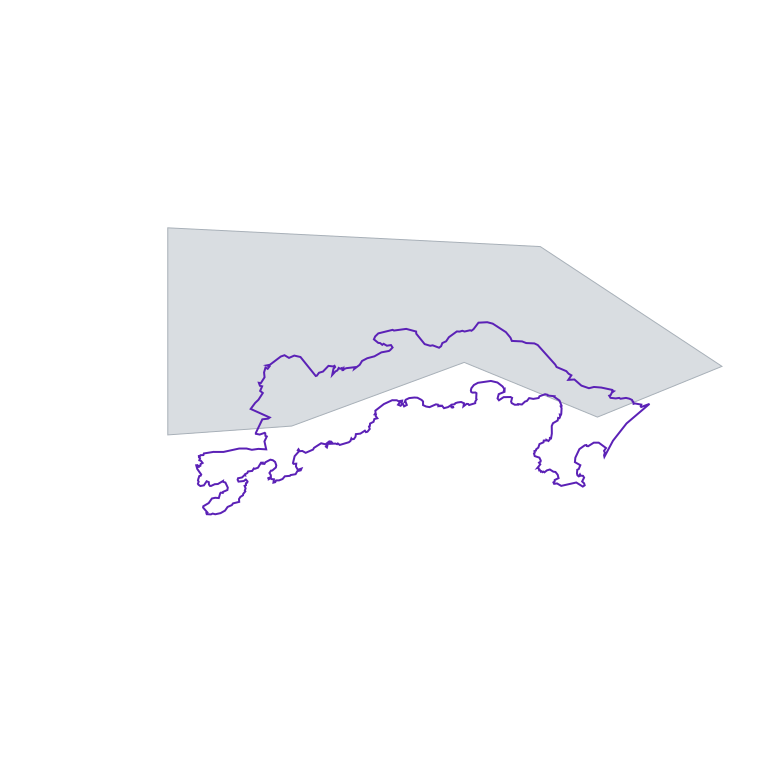 location of West Mahe, Anse Boileau, Seychelles, rotated 305°
{"feature_id": "34574756B14018612202061", "entity_name": "West Mahe", "entity_type": "district", "adm_level": 2, "iso_a3": "SYC", "parent_name": "Seychelles", "parent_adm1": "Anse Boileau", "projection": "albers", "projection_center": [55.437, -4.697], "detail": "fine", "context": "in_parent", "style": "outline", "palette": "violet", "viewbox_px": 768, "rotation_deg": 305, "n_neighbors": 0, "source": "geoboundaries", "source_scale": "gbopen_adm2", "svg_char_len": 6324}
<svg xmlns="http://www.w3.org/2000/svg" viewBox="0 0 768 768"><g transform="rotate(305 384 384)"><path d="M586.2,433.2L592.3,650.7L479.3,577.8L447.7,437.3L296.6,332.5L218.3,236.1L387.9,117.3L586.2,433.2Z" fill="#d9dde1" stroke="#a8b0b8" stroke-width="1"/><path d="M331.9,277.2L332.7,280.1L329.7,280.0L329.5,277.5L324.7,279.1L321.0,282.3L314.1,282.6L313.2,280.8L311.4,283.4L312.2,285.5L307.3,286.5L307.1,289.9L299.0,290.2L294.6,289.3L287.1,289.1L291.0,309.6L289.1,308.9L285.3,304.6L270.3,307.1L269.7,307.6L271.3,311.2L275.6,314.3L275.5,315.0L273.5,316.6L273.8,318.1L268.4,319.0L262.9,325.0L258.8,318.3L254.3,313.5L252.3,308.4L248.1,302.4L236.3,291.5L230.6,283.3L223.8,276.3L222.2,276.8L220.4,274.5L219.4,274.6L218.8,273.7L217.8,274.5L217.7,275.9L215.6,276.5L216.1,278.0L215.3,280.7L213.3,279.7L211.6,280.5L210.6,279.3L209.8,279.8L209.4,279.1L210.5,277.7L209.7,276.8L207.3,279.8L205.0,286.2L203.7,286.4L202.7,285.5L199.6,286.4L198.2,287.0L197.7,288.2L195.5,288.8L195.1,289.8L195.1,292.1L197.7,294.6L202.6,294.5L203.1,296.8L201.3,298.2L200.7,299.9L201.3,300.8L204.8,302.8L206.8,305.3L212.1,307.7L211.5,308.0L212.3,310.6L209.5,315.5L207.3,316.5L203.3,314.0L202.3,314.4L201.5,312.7L200.6,312.5L195.8,314.1L194.0,311.0L191.5,308.7L185.9,308.7L180.2,306.1L179.0,306.7L177.5,312.9L176.5,312.4L175.7,313.5L177.9,317.0L179.6,318.0L180.5,320.5L184.5,324.2L189.1,326.4L193.6,326.4L197.5,328.8L199.6,328.8L204.4,333.0L206.6,331.2L209.1,331.1L212.0,332.3L213.3,331.7L216.5,332.0L216.9,331.1L219.1,330.5L220.6,328.2L221.9,329.0L223.5,327.8L224.8,328.5L225.9,328.1L226.5,325.6L224.1,324.8L220.6,320.8L221.6,319.0L223.1,318.5L226.0,321.3L229.5,322.0L229.6,322.6L230.3,321.9L232.7,323.1L234.4,322.8L237.2,325.9L240.2,325.8L240.4,326.8L243.2,328.8L249.0,328.4L250.0,329.8L249.0,330.2L250.0,331.9L251.8,331.7L256.8,334.3L257.8,336.6L257.7,339.5L255.6,342.4L253.6,343.3L249.0,342.1L248.2,341.1L245.4,341.2L244.4,343.6L242.8,344.8L239.9,342.7L240.8,344.2L240.3,344.4L241.8,345.2L241.6,346.4L242.8,348.5L239.8,350.0L241.2,351.2L243.1,350.9L244.8,353.3L248.0,355.4L251.5,355.7L254.8,359.6L255.8,359.7L259.4,363.3L262.9,363.0L265.5,365.3L267.4,364.9L264.3,362.6L265.9,359.2L268.4,357.8L266.7,355.7L267.0,354.8L273.6,352.2L279.6,352.9L280.4,352.4L280.3,351.4L281.5,351.4L280.6,353.5L282.3,355.5L282.7,359.3L289.6,363.5L291.6,363.3L299.4,366.5L301.4,371.6L300.9,372.4L299.4,372.3L299.3,373.6L301.2,372.9L302.0,371.0L305.6,372.1L306.5,373.8L306.1,375.4L304.7,373.9L303.6,373.5L307.4,378.5L307.8,380.1L308.8,380.3L308.7,382.7L316.1,388.6L318.0,389.2L320.7,388.5L320.4,389.5L321.7,390.9L324.5,390.9L326.8,389.7L329.8,393.1L334.8,395.1L334.2,396.8L335.4,397.8L339.0,398.1L340.6,396.1L341.4,396.5L343.6,395.3L347.0,397.1L349.8,396.2L352.1,398.2L353.1,395.4L354.4,394.9L353.8,393.8L355.4,393.7L357.2,392.2L367.5,395.4L375.4,400.0L378.0,403.8L378.4,407.2L378.9,406.5L380.8,408.4L379.5,409.0L377.5,407.4L375.1,407.4L375.7,410.1L378.0,410.3L378.5,411.0L377.2,413.3L379.9,414.7L381.8,411.9L381.1,411.3L383.5,410.8L386.9,412.7L390.3,416.6L391.9,419.2L392.5,423.9L392.1,426.0L389.1,428.1L389.7,431.4L391.2,434.6L397.1,438.2L398.0,440.0L397.4,440.7L398.6,442.6L397.9,442.4L399.4,444.3L398.6,447.0L401.8,449.7L405.3,451.1L404.9,451.1L404.6,451.3L403.6,452.7L404.1,453.8L405.3,454.5L404.1,452.8L404.9,451.1L405.7,451.1L407.9,453.4L409.3,453.5L411.1,454.9L413.5,457.5L414.1,460.6L411.3,461.9L415.1,463.1L415.9,464.4L415.6,465.8L420.6,469.7L422.1,468.8L424.6,468.7L424.9,467.9L429.5,465.0L429.5,463.8L427.6,461.3L427.5,460.0L428.6,458.8L430.7,458.0L434.7,458.2L438.9,460.3L447.8,469.8L450.3,476.1L450.0,482.5L449.0,485.3L448.3,485.6L448.9,485.8L446.7,487.2L441.5,483.8L437.3,485.3L436.6,487.5L441.8,489.5L445.9,495.1L446.1,496.9L442.5,498.2L441.6,499.6L442.0,503.0L444.0,505.7L444.5,505.4L446.3,508.7L450.5,509.6L452.1,510.8L455.7,511.0L457.4,514.8L461.2,518.7L463.1,518.4L468.0,521.8L469.0,524.2L468.5,524.8L471.8,530.7L471.1,530.9L471.1,537.2L468.0,542.0L467.1,541.5L466.1,543.3L461.1,546.4L460.2,546.6L459.8,545.6L458.4,547.0L456.6,547.3L456.1,546.1L453.7,547.2L448.8,544.9L445.8,545.5L439.7,549.9L435.3,552.0L434.9,550.9L433.8,551.6L431.6,551.4L431.4,549.0L430.8,549.3L429.3,547.3L427.7,548.1L424.0,545.8L420.4,546.9L417.8,546.1L416.6,546.6L415.3,545.7L414.2,546.9L413.1,546.7L411.4,548.8L412.8,553.5L411.2,556.3L410.2,556.8L408.5,556.1L407.8,558.1L403.3,557.8L404.1,558.4L402.4,560.5L403.0,560.8L402.1,562.8L402.9,563.1L402.7,564.4L403.7,564.9L403.7,566.1L406.7,567.0L409.1,568.9L409.3,573.0L410.3,574.9L409.3,578.3L407.0,581.0L403.3,578.9L401.9,579.7L400.6,579.2L399.8,580.6L401.8,582.8L402.2,587.6L413.6,598.0L414.0,605.7L416.1,606.5L417.4,604.9L417.8,602.2L422.1,601.6L422.9,599.7L421.7,597.5L422.3,596.4L421.0,596.4L421.0,597.2L420.0,596.5L420.2,594.8L421.4,593.4L424.6,591.5L426.0,592.3L430.1,591.4L429.5,585.2L433.4,583.0L442.7,581.4L448.9,583.6L450.1,584.8L449.5,585.7L450.1,586.9L456.3,589.5L459.1,593.5L458.9,602.6L455.4,602.6L454.4,604.4L451.9,605.1L450.8,606.3L468.9,604.1L490.8,605.3L520.0,612.9L512.7,607.9L512.9,607.1L514.7,606.6L512.0,600.7L510.9,599.8L512.5,598.3L512.2,597.7L513.2,596.3L512.7,593.4L511.4,590.2L507.6,586.2L507.5,584.6L505.1,582.1L502.6,577.5L503.6,575.2L504.8,576.0L507.6,575.6L509.9,576.4L509.3,574.8L510.1,574.4L505.7,564.0L502.0,557.7L498.1,554.3L495.9,546.6L496.9,537.4L493.1,532.6L498.6,532.5L498.3,529.3L499.1,526.0L496.9,515.6L498.1,513.2L504.1,487.6L503.5,483.9L499.1,477.0L498.1,472.7L492.6,464.0L494.5,461.0L496.4,454.1L495.8,438.4L493.8,433.1L488.4,426.2L480.3,425.9L477.8,425.1L477.4,423.7L473.2,419.9L472.5,417.6L470.4,416.0L468.8,413.5L459.5,410.3L454.6,410.4L451.0,408.3L447.7,409.1L445.3,408.3L443.6,401.7L441.8,399.9L440.0,394.4L443.7,381.6L445.4,380.2L441.9,370.6L433.5,361.5L433.3,360.0L422.2,350.3L417.9,349.5L414.8,350.1L414.4,355.7L415.3,357.4L415.1,360.1L416.7,360.6L417.0,364.4L419.9,367.4L418.8,370.1L415.3,369.6L413.9,369.1L408.4,363.7L401.2,360.3L395.5,355.5L390.3,352.8L385.8,353.1L379.3,351.0L381.1,350.5L375.4,344.1L372.9,342.4L373.5,341.9L372.2,341.9L372.6,343.3L371.5,342.0L372.9,340.3L371.3,339.3L371.2,337.7L368.3,338.0L366.5,337.0L361.7,336.4L367.4,333.9L369.9,334.2L370.5,333.0L369.2,332.3L367.0,328.1L359.2,326.9L355.9,324.3L352.3,324.2L351.4,323.5L358.2,300.1L355.8,294.2L350.9,291.2L350.5,286.0L347.3,283.7L334.3,279.5L331.9,277.2Z" fill="none" stroke="#5b21b6" stroke-width="2"/></g></svg>